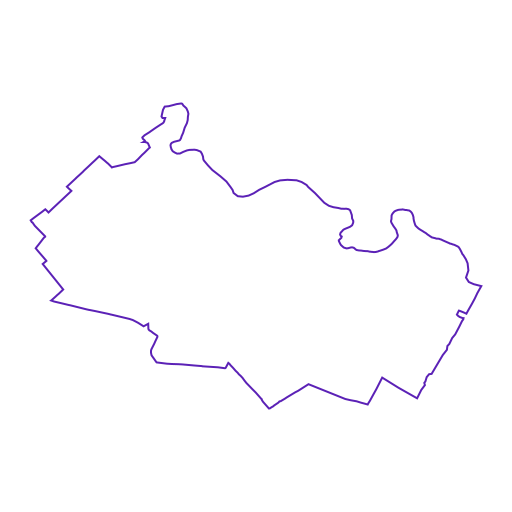 Mihailesti, Giurgiu, Romania
{"feature_id": "2599482B73686202162005", "entity_name": "Mihailesti", "entity_type": "district", "adm_level": 2, "iso_a3": "ROU", "parent_name": "Romania", "parent_adm1": "Giurgiu", "projection": "equal_earth", "projection_center": [25.91, 44.314], "detail": "fine", "context": "isolated", "style": "outline", "palette": "violet", "viewbox_px": 512, "rotation_deg": 0, "n_neighbors": 0, "source": "geoboundaries", "source_scale": "gbopen_adm2", "svg_char_len": 6006}
<svg xmlns="http://www.w3.org/2000/svg" viewBox="0 0 512 512"><path d="M417.1,398.3L421.3,389.9L424.9,385.1L424.3,382.9L425.4,381.4L426.7,377.1L429.1,374.2L431.6,373.9L442.8,355.0L446.9,349.8L447.4,346.0L449.3,344.0L452.2,338.0L455.2,334.4L459.3,326.6L462.0,321.1L463.3,319.3L463.5,318.1L462.7,318.1L459.7,317.0L458.0,315.8L456.9,314.6L458.9,310.6L459.3,310.7L461.1,311.4L463.8,312.5L466.4,313.7L466.8,312.9L468.8,309.3L472.0,303.7L474.8,298.5L477.4,293.0L481.3,286.1L473.8,284.2L468.8,282.0L466.0,277.6L468.4,270.5L467.6,263.3L465.9,259.3L463.3,255.1L462.4,254.1L461.3,251.7L460.0,249.2L458.8,247.3L457.8,246.5L456.1,245.7L455.1,245.2L454.2,244.8L453.5,244.6L452.7,244.4L451.7,244.0L450.9,243.7L450.0,243.6L448.9,243.0L447.7,242.5L443.4,240.6L442.3,240.1L441.4,239.6L440.0,239.2L439.1,238.8L438.2,238.7L437.0,238.7L436.3,238.6L435.7,238.4L435.2,238.2L433.9,237.9L431.6,237.3L430.9,236.7L430.1,236.3L429.5,235.8L427.4,234.4L426.6,233.7L425.7,233.0L423.8,231.9L422.8,231.2L420.6,229.9L419.7,229.3L418.5,228.5L416.9,227.0L415.5,225.6L414.9,224.0L414.4,222.4L413.9,220.6L413.5,218.3L413.5,217.3L413.2,216.2L412.9,215.1L411.9,213.0L411.2,212.1L410.5,211.4L409.2,210.5L408.4,210.4L407.3,210.2L406.4,210.0L405.3,210.0L403.6,209.6L402.3,209.4L401.8,209.6L401.1,209.6L399.6,209.7L398.1,209.9L396.1,210.6L394.5,211.4L393.1,212.9L392.3,214.0L391.6,215.4L391.5,218.2L391.5,219.0L391.1,220.6L391.0,221.3L391.4,222.6L393.6,226.3L395.3,228.6L396.4,230.4L396.8,232.3L397.8,235.2L397.6,236.5L397.3,237.3L395.9,239.2L394.8,240.4L393.8,241.5L392.7,242.8L391.7,243.9L390.4,245.1L388.3,246.9L386.1,248.5L383.1,249.7L381.3,250.3L379.8,250.8L378.7,251.1L377.9,251.5L376.9,251.7L375.7,252.0L373.8,252.1L372.3,251.9L371.6,251.9L370.4,251.7L369.7,251.7L368.7,251.4L367.2,251.1L365.5,251.1L363.1,250.9L361.4,250.6L359.9,250.5L358.5,250.4L357.7,250.2L356.5,250.0L355.3,249.1L354.7,248.5L353.8,247.8L352.4,247.4L351.1,247.4L349.6,247.8L348.2,248.2L346.5,248.4L343.9,247.6L343.0,246.9L341.9,245.9L341.0,245.1L340.2,243.8L338.9,241.1L338.8,240.3L339.7,239.4L341.3,237.9L341.7,236.5L340.8,236.0L340.1,234.6L340.4,233.2L340.8,232.5L341.8,231.5L342.4,230.8L343.2,229.9L344.1,229.3L345.9,228.5L348.4,227.5L350.2,226.7L351.4,225.8L352.1,225.3L353.0,223.2L353.3,222.0L353.2,221.7L353.3,221.0L352.9,220.1L352.1,218.5L351.8,215.0L350.8,212.2L350.1,210.3L348.6,209.2L346.2,208.7L344.5,208.8L341.1,208.7L338.4,208.0L333.4,207.2L328.9,205.8L324.3,202.8L314.9,193.0L308.2,187.0L306.6,185.0L301.6,182.0L296.6,180.3L287.5,179.8L280.1,180.4L274.6,182.0L265.4,186.8L259.2,189.8L253.7,193.3L248.6,195.6L242.9,196.7L237.8,196.2L233.6,193.0L232.6,190.0L230.6,187.1L226.4,181.5L220.4,176.3L212.3,170.0L207.9,165.3L205.3,162.2L203.8,160.4L203.3,159.2L203.0,156.6L201.9,153.7L200.6,151.6L196.9,150.1L194.5,149.7L192.2,149.8L189.5,149.9L187.0,150.4L183.2,151.9L180.0,153.5L177.0,153.6L174.7,152.5L172.7,151.2L171.3,149.0L171.3,148.4L170.9,147.6L170.5,145.2L170.9,143.9L171.7,142.9L174.0,141.8L179.2,140.5L180.0,140.0L181.0,138.2L181.6,136.2L183.1,132.9L184.7,127.7L186.9,123.2L187.7,120.1L187.9,116.8L188.4,113.8L187.8,111.4L186.4,108.3L184.7,106.7L183.4,105.6L182.8,104.7L182.3,103.9L181.7,103.5L181.0,103.5L180.2,103.6L176.7,104.1L172.6,105.2L168.7,106.2L164.7,106.6L163.0,109.8L161.5,116.5L162.5,118.0L165.2,118.0L164.2,120.9L164.2,121.3L163.7,122.2L163.6,122.4L163.4,122.7L162.9,123.1L162.4,123.5L161.2,124.2L156.3,127.4L154.1,128.9L152.7,129.9L150.8,131.2L149.6,132.1L144.5,135.3L143.5,136.3L142.5,137.2L142.3,137.6L142.7,138.4L142.8,138.7L143.3,139.2L144.4,140.1L144.7,140.5L145.1,141.1L143.5,142.0L144.4,142.0L144.8,142.0L145.4,142.1L146.4,142.5L147.2,142.7L147.6,143.0L147.9,143.3L148.2,143.8L149.8,147.5L149.6,147.6L144.4,152.8L142.0,155.0L137.9,159.3L134.7,162.2L132.4,162.7L130.6,163.1L125.1,164.2L116.3,166.3L114.5,166.7L112.2,167.2L112.0,167.3L111.9,167.4L109.1,164.6L108.0,163.5L107.2,162.9L104.6,160.6L103.1,159.4L99.3,156.2L94.7,160.6L92.2,162.9L88.3,166.6L84.2,170.4L82.9,171.8L81.5,173.1L80.2,174.3L76.2,177.9L76.2,178.0L66.9,186.7L68.3,188.1L71.4,190.9L71.1,191.2L54.1,207.1L52.5,208.6L48.5,212.5L47.3,211.2L45.3,209.3L43.6,210.6L42.5,211.5L37.9,214.9L33.7,218.0L31.5,219.7L30.7,220.3L31.6,221.8L31.8,222.2L32.3,222.4L32.6,222.6L33.4,223.8L34.3,225.1L34.9,225.9L45.2,236.4L45.2,236.7L44.3,237.4L43.5,238.2L41.3,241.1L38.2,245.1L37.2,246.3L35.7,248.3L36.3,249.0L38.2,251.3L46.2,260.6L46.4,260.9L42.7,264.0L63.2,289.5L58.4,294.1L57.6,294.7L55.8,296.4L52.8,299.1L51.6,300.2L51.2,300.5L54.0,301.5L62.5,303.5L68.3,304.9L70.3,305.3L73.9,306.2L86.3,309.3L89.0,309.9L89.7,310.0L95.3,311.1L105.1,313.2L107.5,313.7L109.2,314.1L111.1,314.6L111.3,314.6L121.8,317.1L129.7,319.0L131.7,319.7L132.5,319.9L133.5,320.4L136.2,321.8L137.9,322.7L138.4,323.0L142.5,325.6L143.6,326.3L148.2,323.8L148.4,328.9L148.5,329.1L148.7,329.6L149.0,329.9L149.3,330.3L149.8,330.6L150.3,330.9L150.7,331.1L151.7,331.8L152.9,332.8L157.0,335.6L157.3,335.9L157.4,336.3L157.4,336.6L157.4,336.9L155.3,341.3L154.2,343.8L151.5,349.1L151.3,349.7L151.1,350.2L151.0,351.0L151.0,352.8L151.4,354.6L151.6,355.4L154.3,359.2L155.9,361.5L156.6,362.4L166.9,363.7L171.8,364.0L178.5,364.2L182.1,364.4L194.4,365.5L201.9,366.1L202.2,366.2L202.4,366.3L218.0,367.3L221.7,367.8L224.6,368.2L225.1,368.2L225.3,368.1L225.5,368.0L225.7,367.8L228.3,362.9L228.8,363.3L229.5,363.9L230.5,365.2L233.0,367.8L235.6,370.8L237.6,372.7L238.0,373.2L238.8,374.2L239.1,374.5L240.7,375.9L242.8,378.2L243.1,378.7L243.7,379.5L244.5,380.6L246.4,383.0L249.9,386.6L252.2,389.0L253.5,390.3L255.4,392.2L255.7,392.5L261.6,399.2L261.8,399.3L261.8,399.8L262.1,400.4L262.9,401.6L263.2,402.0L268.4,407.9L268.9,408.5L269.8,408.4L271.6,407.2L273.4,406.2L273.8,405.7L278.1,402.8L278.8,402.2L279.3,401.5L279.8,401.3L280.7,401.2L281.3,400.8L285.0,398.6L286.6,397.5L295.4,392.2L298.0,390.9L308.5,384.2L345.3,399.0L350.5,400.2L356.6,401.3L361.1,402.7L362.6,403.1L364.1,403.5L367.7,404.5L368.3,403.3L369.9,400.8L373.3,394.6L374.8,391.9L376.3,389.2L382.2,377.6L398.4,387.7L417.1,398.3Z" fill="none" stroke="#5b21b6" stroke-width="2"/></svg>